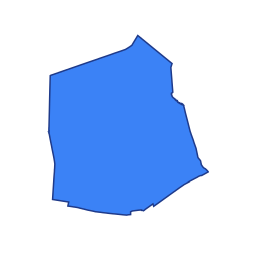 the district of Borger-Odoorn, Drenthe, Netherlands, rotated 286°
{"feature_id": "6326949B13062469247327", "entity_name": "Borger-Odoorn", "entity_type": "district", "adm_level": 2, "iso_a3": "NLD", "parent_name": "Netherlands", "parent_adm1": "Drenthe", "projection": "albers", "projection_center": [6.905, 52.899], "detail": "fine", "context": "isolated", "style": "filled", "palette": "blue", "viewbox_px": 256, "rotation_deg": 286, "n_neighbors": 0, "source": "geoboundaries", "source_scale": "gbopen_adm2", "svg_char_len": 3811}
<svg xmlns="http://www.w3.org/2000/svg" viewBox="0 0 256 256"><g transform="rotate(286 128 128)"><path d="M156.9,38.8L135.7,44.3L122.8,47.7L107.1,51.8L106.5,51.9L103.5,52.7L103.5,52.9L103.4,52.9L102.9,53.0L102.4,53.1L102.2,53.2L101.9,53.3L101.9,53.2L101.8,53.3L101.2,53.4L101.1,53.5L100.9,53.7L100.0,54.2L98.6,54.9L97.0,55.7L96.6,55.9L95.8,56.3L95.0,56.7L94.5,57.0L93.8,57.3L92.1,58.2L91.3,58.6L90.4,59.1L88.6,60.0L87.0,60.8L79.3,64.8L75.5,66.6L73.2,67.6L68.5,68.7L68.2,68.7L65.8,69.3L61.3,70.2L38.5,75.2L38.5,75.4L38.7,76.7L38.7,76.8L40.5,91.4L36.4,91.7L37.0,96.1L37.1,97.2L37.3,98.4L37.6,101.0L37.7,102.1L37.7,104.1L37.8,105.7L37.8,105.9L37.8,106.6L37.9,107.8L37.9,108.4L38.0,111.9L38.5,117.9L38.5,118.0L38.5,118.8L38.6,120.2L38.7,120.4L38.8,121.2L38.9,121.8L39.4,124.8L39.6,126.3L39.7,127.1L40.0,128.8L40.3,130.5L40.5,131.9L40.7,133.2L40.9,134.3L41.4,137.2L41.9,139.7L43.1,146.5L43.2,147.1L43.9,150.7L44.7,152.3L45.5,154.4L48.2,153.6L49.4,155.0L49.5,155.2L52.0,161.0L52.3,161.8L52.9,163.3L52.5,163.6L52.8,164.4L52.7,165.7L53.8,166.6L54.4,166.9L61.9,172.9L59.8,174.3L62.2,176.2L63.3,177.1L74.9,186.2L85.1,194.3L88.1,196.8L88.8,197.3L92.9,201.5L93.1,201.1L94.0,202.0L94.3,202.3L94.7,202.7L98.5,206.7L99.7,208.0L100.5,208.7L100.7,208.9L101.6,209.9L101.8,210.1L102.1,210.6L102.4,211.2L102.5,211.3L102.5,211.5L102.7,212.0L102.9,212.2L103.2,212.4L103.4,212.6L104.1,213.4L104.9,214.2L105.2,214.5L105.8,215.1L106.6,215.9L106.9,216.2L107.6,216.9L107.9,217.2L108.1,217.1L109.0,215.7L109.3,215.2L109.6,214.7L109.7,214.4L110.1,213.6L110.2,213.2L110.3,212.7L110.4,212.4L110.6,211.7L111.2,210.7L111.3,210.5L111.4,210.4L112.1,209.6L112.4,209.3L112.7,208.9L112.8,208.8L112.9,208.6L113.4,208.4L114.5,207.8L115.0,207.5L116.3,206.9L116.6,206.6L117.0,206.1L117.8,204.9L118.5,203.9L118.9,203.4L119.5,203.0L120.6,202.5L121.5,202.0L127.2,199.0L131.8,195.7L133.4,194.6L133.5,194.6L134.4,194.0L137.7,191.6L137.9,191.5L138.2,191.2L141.4,189.0L141.8,188.7L144.7,187.0L152.6,182.4L153.6,181.8L158.7,178.8L161.8,177.1L162.8,176.5L164.5,175.5L164.4,175.6L164.5,175.6L164.8,175.6L165.0,175.5L165.1,175.4L165.1,175.2L165.3,175.1L165.4,174.9L165.4,174.7L165.4,174.4L165.5,174.3L165.6,174.2L165.8,174.2L165.8,173.9L165.7,173.8L165.4,173.8L165.3,173.7L165.4,173.4L165.4,173.2L165.5,173.2L165.8,173.1L166.0,173.1L166.3,173.2L166.4,172.9L166.3,172.7L166.2,172.6L166.3,172.5L166.3,172.4L166.2,172.2L165.9,172.1L165.7,172.1L165.7,171.9L165.8,171.8L166.0,171.4L166.1,171.2L166.1,170.9L166.0,170.7L165.9,170.6L166.0,170.5L166.1,170.4L166.4,170.4L166.3,170.2L166.3,169.9L166.3,169.7L166.3,169.4L166.4,169.2L166.5,169.2L166.6,168.8L166.6,168.7L166.8,168.7L167.0,168.7L167.3,168.4L167.4,168.2L167.3,167.9L167.4,167.7L167.5,167.7L167.8,167.7L167.7,167.5L167.6,167.3L167.6,167.2L167.6,166.9L167.6,166.7L167.8,166.4L168.0,166.1L168.4,166.1L168.5,166.1L168.5,165.9L168.3,165.8L168.3,165.7L168.3,165.4L168.5,165.3L168.8,165.2L169.0,164.6L169.1,164.4L169.2,164.2L169.3,163.7L169.5,163.5L169.5,163.4L169.5,163.2L169.7,162.9L169.8,162.8L169.8,162.7L170.0,162.4L170.1,162.2L170.4,161.9L170.6,161.7L170.9,161.4L171.0,161.4L171.4,161.2L171.5,161.2L171.6,160.9L171.9,160.7L172.1,160.7L172.4,160.5L172.5,160.4L172.8,160.5L173.0,160.5L173.1,160.4L173.3,160.3L173.4,160.2L174.0,160.7L174.6,161.2L175.3,161.0L184.6,157.5L186.0,157.0L187.6,156.4L194.8,153.7L198.0,152.5L202.1,152.6L213.7,125.6L219.6,111.9L208.5,108.9L207.3,107.9L207.1,107.7L206.6,107.4L206.3,107.1L205.9,106.7L205.5,106.4L205.3,106.2L204.9,105.8L204.7,105.7L204.1,105.1L202.8,103.9L202.7,103.8L202.1,102.9L199.8,99.7L199.4,99.1L196.1,94.3L194.8,92.5L193.5,90.7L190.9,87.0L190.0,85.7L188.4,83.4L187.3,81.8L186.5,80.7L186.3,80.4L186.1,80.2L185.6,79.5L185.4,79.2L185.2,78.9L180.4,72.0L176.2,66.0L174.0,62.9L165.7,51.1L157.4,39.3L156.9,38.8Z" fill="#3b82f6" stroke="#1e3a8a" stroke-width="1.5"/></g></svg>